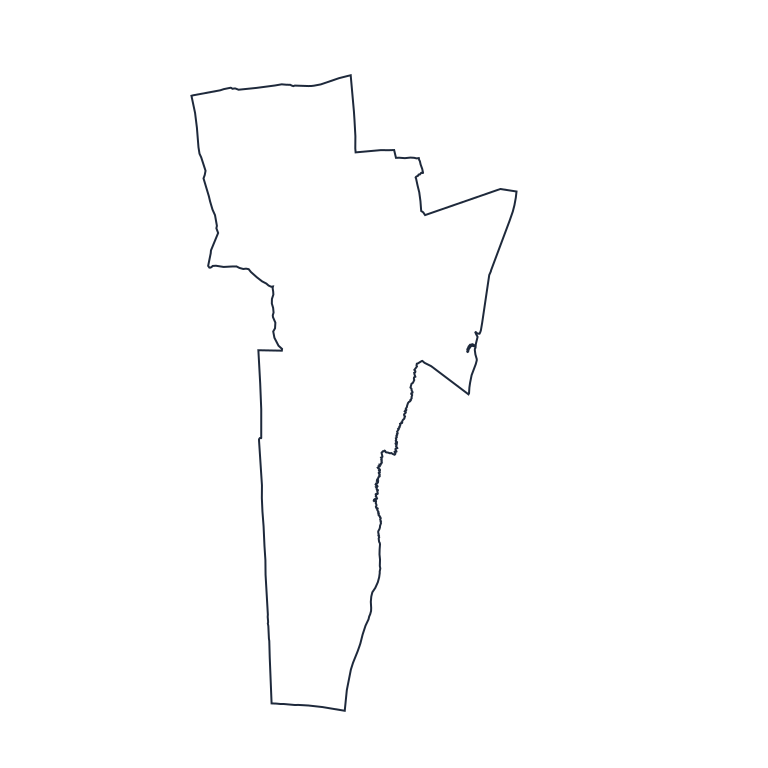 Terpezita, Dolj, Romania (Albers equal-area conic projection), rotated 261°
{"feature_id": "2599482B57924090457119", "entity_name": "Terpezita", "entity_type": "district", "adm_level": 2, "iso_a3": "ROU", "parent_name": "Romania", "parent_adm1": "Dolj", "projection": "albers", "projection_center": [23.49, 44.289], "detail": "fine", "context": "isolated", "style": "outline", "palette": "slate", "viewbox_px": 768, "rotation_deg": 261, "n_neighbors": 0, "source": "geoboundaries", "source_scale": "gbopen_adm2", "svg_char_len": 6144}
<svg xmlns="http://www.w3.org/2000/svg" viewBox="0 0 768 768"><g transform="rotate(261 384 384)"><path d="M693.1,387.4L689.8,368.4L689.6,361.5L689.7,359.0L690.1,356.0L692.7,342.6L692.4,341.0L693.2,339.5L694.2,338.2L694.8,334.6L696.0,329.8L695.9,323.1L696.4,304.3L697.4,286.4L699.1,283.5L699.3,282.5L699.3,280.5L700.3,279.5L700.6,278.8L700.3,271.9L699.7,268.2L699.0,240.8L698.8,238.9L681.3,239.8L666.4,239.3L646.9,237.8L640.3,237.8L636.5,238.9L622.5,241.1L618.4,239.6L615.3,237.9L596.8,240.4L591.5,240.8L583.1,241.9L577.2,243.5L566.3,243.7L564.1,242.8L559.1,243.8L543.0,234.0L540.2,233.3L528.2,228.8L526.3,229.7L526.1,230.5L526.4,231.8L527.4,233.3L527.1,236.5L524.7,243.9L523.9,251.8L523.2,256.7L521.3,259.3L519.6,263.0L519.5,265.8L518.6,268.3L515.4,270.1L509.3,275.1L504.5,279.6L501.6,283.5L499.3,285.4L497.7,287.8L497.7,289.6L496.3,289.0L492.5,289.0L489.6,288.7L485.5,286.6L481.0,285.8L476.5,286.4L471.8,286.1L469.3,284.9L467.4,284.8L461.6,286.3L456.1,285.1L453.2,282.8L446.8,283.0L438.3,285.8L434.6,288.8L432.9,288.3L437.0,265.2L403.9,261.8L378.3,258.8L349.9,254.3L349.8,254.2L350.0,253.6L350.0,252.9L349.5,252.4L348.9,251.9L347.5,251.7L303.0,247.6L290.4,245.5L277.1,244.0L262.3,242.8L242.7,240.6L228.5,239.3L214.3,237.2L174.3,233.2L172.2,232.7L167.9,232.4L166.5,232.2L165.8,231.8L163.1,231.9L150.5,230.5L148.2,230.5L132.1,228.4L86.1,223.0L85.2,227.6L84.2,231.4L83.7,234.6L80.9,245.7L80.4,249.3L78.3,259.0L74.6,272.5L67.4,294.1L87.5,299.4L107.1,306.6L113.5,309.8L124.2,316.2L128.8,318.7L131.5,320.1L139.9,323.7L148.3,328.0L154.0,331.9L156.7,333.0L158.7,334.3L161.8,335.7L164.8,336.3L170.9,336.9L176.1,338.2L180.1,339.9L184.0,343.5L189.2,346.9L193.9,349.0L197.9,350.2L199.4,350.4L202.4,351.5L204.9,351.4L211.2,352.6L216.4,352.9L221.3,353.8L226.4,355.0L227.9,354.9L228.8,354.5L230.5,354.5L232.4,354.6L233.4,355.3L234.2,355.0L234.9,355.3L235.5,354.8L236.5,355.3L237.1,355.1L238.8,355.1L239.6,355.4L241.6,356.9L243.4,357.7L244.3,357.8L247.1,359.3L248.6,359.1L248.9,359.5L250.6,359.0L252.0,359.8L252.7,359.2L253.3,359.4L254.1,358.8L254.6,358.9L255.5,358.1L256.1,358.2L256.6,358.6L257.6,358.0L258.3,358.6L260.4,357.7L261.3,357.7L261.8,358.3L262.1,358.3L262.4,358.0L262.4,357.2L263.6,356.8L264.2,356.8L264.9,357.5L266.3,357.6L267.5,357.2L269.4,357.8L269.7,357.6L270.2,357.7L270.6,357.3L270.6,356.7L270.0,356.2L269.9,355.9L270.3,355.6L271.2,356.0L271.6,356.6L271.8,357.1L271.6,357.8L271.6,358.4L271.9,359.2L272.2,359.3L273.0,358.7L273.8,358.8L274.5,358.3L275.3,358.8L276.3,358.5L276.5,358.6L276.7,359.1L276.4,360.2L276.4,360.4L276.8,360.7L279.5,360.6L279.8,361.3L280.1,361.4L281.0,360.4L281.4,360.3L282.2,360.5L283.3,360.0L283.4,361.1L284.0,361.6L285.1,361.1L284.9,360.7L285.0,360.4L285.6,360.4L286.1,360.0L287.1,360.8L287.2,362.0L287.7,362.6L288.7,362.9L288.7,362.6L289.0,361.9L289.3,361.7L289.6,361.9L289.3,362.4L289.5,362.7L290.2,362.9L290.6,362.3L290.8,362.3L291.2,363.3L292.7,363.8L293.4,365.2L294.3,365.0L294.6,365.5L295.1,365.6L296.2,365.0L297.1,364.9L297.3,365.2L297.1,365.7L297.2,366.0L298.6,365.9L299.3,365.5L299.5,365.7L299.4,366.5L299.9,366.6L300.3,366.5L301.3,365.3L302.2,364.8L302.3,365.2L302.2,365.7L303.7,365.7L303.9,366.3L303.7,366.9L305.0,366.9L304.9,367.3L304.6,367.7L304.7,368.0L305.7,368.3L305.8,368.9L306.3,369.3L306.9,369.3L307.2,369.7L308.1,369.4L308.8,369.8L309.6,369.4L310.3,370.1L311.8,369.6L312.0,370.5L312.3,371.0L312.7,371.1L316.4,370.8L317.7,372.3L317.5,373.1L317.9,373.5L318.1,374.2L317.6,374.7L316.4,375.1L316.1,375.5L315.7,377.1L314.6,379.1L314.7,380.4L313.6,381.6L312.5,383.3L312.7,383.8L313.3,384.3L314.0,384.4L314.9,383.9L315.4,383.9L315.5,384.3L315.3,385.1L315.3,385.7L315.5,385.8L317.2,385.1L317.9,385.1L318.2,385.3L318.6,387.1L319.2,387.0L320.0,386.3L320.8,386.1L321.3,386.7L322.6,387.2L322.9,386.2L323.5,386.1L323.8,386.4L324.2,387.7L324.5,387.8L325.2,387.4L325.4,386.9L326.1,386.7L327.3,387.4L328.6,387.2L329.2,388.2L329.7,388.4L330.7,388.0L331.7,389.1L332.2,388.8L332.7,388.9L333.3,389.8L334.9,389.5L336.8,391.3L337.5,390.9L337.7,391.1L337.9,391.8L338.3,392.2L339.1,392.3L339.2,392.8L339.9,392.9L340.3,393.4L341.5,393.9L341.9,393.6L342.2,393.6L342.5,394.7L343.0,395.0L342.7,395.4L342.7,395.7L343.2,396.0L343.8,395.9L345.3,396.8L346.2,397.9L346.4,398.4L347.1,398.9L347.9,399.0L348.5,399.7L348.8,399.7L349.1,399.3L350.0,399.0L350.9,399.1L352.3,401.0L352.7,401.1L353.8,400.2L354.2,400.7L354.5,401.8L355.2,402.0L355.8,401.5L356.1,401.6L357.8,403.1L358.5,403.2L361.4,404.7L362.4,405.8L362.8,407.0L363.3,407.5L363.4,407.3L364.2,407.6L364.7,408.4L365.8,409.2L366.7,409.1L368.7,410.1L369.4,409.8L370.0,409.3L370.6,409.6L370.9,410.7L371.3,410.9L372.2,410.8L373.1,410.3L375.1,410.4L376.3,409.6L379.9,411.2L380.7,412.8L383.2,414.5L384.4,414.3L385.8,414.7L386.3,416.1L388.7,415.6L390.4,415.6L390.6,416.6L391.7,417.0L393.2,416.2L396.2,419.3L397.2,419.0L398.9,419.6L399.1,420.9L399.9,422.7L400.8,425.0L400.8,425.5L398.6,427.3L394.3,433.3L393.5,434.1L360.6,465.8L360.9,466.0L361.4,466.5L367.2,467.8L371.7,469.2L379.0,471.9L389.2,477.7L392.8,479.3L394.1,479.5L398.9,478.9L403.4,479.0L404.6,479.3L405.5,480.1L406.2,480.2L407.0,479.3L407.8,477.5L407.9,476.8L407.6,475.5L406.7,474.8L405.6,473.5L404.0,472.6L402.8,472.2L402.6,471.5L403.0,471.3L403.5,471.7L405.2,471.7L406.8,472.9L407.9,473.5L408.4,474.2L409.3,475.1L409.3,475.6L408.9,476.7L409.5,477.2L409.5,477.5L409.0,478.3L408.1,479.2L407.7,480.6L409.0,480.9L415.9,483.8L419.7,482.5L420.3,482.6L420.7,482.4L420.9,482.7L420.7,483.0L419.7,483.6L419.4,484.1L418.7,485.9L418.8,486.3L420.5,487.4L421.9,488.1L429.0,490.5L475.2,505.0L478.6,507.2L479.3,507.4L525.6,533.6L534.2,538.2L540.2,540.8L547.3,543.3L553.4,545.0L558.4,529.4L544.4,451.0L547.4,449.6L549.1,447.8L558.9,448.6L567.8,448.8L574.8,448.2L582.0,447.8L582.9,447.5L583.4,447.8L583.9,448.6L584.3,450.1L585.4,450.9L585.5,451.5L585.3,452.1L585.5,452.4L586.7,453.7L586.8,454.0L586.4,454.9L586.4,455.5L586.6,455.6L590.4,455.4L595.1,454.5L598.4,454.3L599.8,453.8L601.7,453.7L601.7,451.6L602.7,449.1L603.5,445.5L603.8,439.9L605.1,434.5L605.5,431.2L613.5,430.6L614.2,425.1L615.5,417.4L617.2,392.2L621.2,392.5L633.2,394.5L648.9,396.1L657.6,396.9L694.2,399.4L693.1,387.4Z" fill="none" stroke="#1e293b" stroke-width="2"/></g></svg>